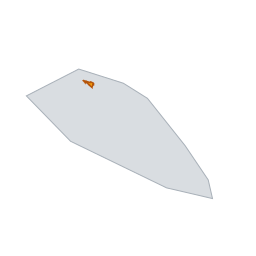 location of Victoria, Choiseul, Saint Lucia, rotated 114°
{"feature_id": "8701671B14688938630280", "entity_name": "Victoria", "entity_type": "district", "adm_level": 2, "iso_a3": "LCA", "parent_name": "Saint Lucia", "parent_adm1": "Choiseul", "projection": "equal_earth", "projection_center": [-61.04, 13.808], "detail": "fine", "context": "in_parent", "style": "filled", "palette": "amber", "viewbox_px": 256, "rotation_deg": 114, "n_neighbors": 0, "source": "geoboundaries", "source_scale": "gbopen_adm2", "svg_char_len": 1558}
<svg xmlns="http://www.w3.org/2000/svg" viewBox="0 0 256 256"><g transform="rotate(114 128 128)"><path d="M163.5,175.0L140.0,233.9L94.2,197.0L89.0,150.5L93.0,122.3L121.0,68.5L142.8,33.6L158.1,22.1L167.0,68.4L163.5,175.0Z" fill="#d9dde1" stroke="#a8b0b8" stroke-width="1"/><path d="M101.2,177.8L101.3,178.0L101.3,178.3L101.1,178.4L101.1,178.8L101.2,179.1L101.1,179.3L101.0,179.6L101.1,180.9L102.0,181.1L102.0,181.6L101.9,181.8L101.9,182.0L102.0,182.1L102.0,182.3L102.0,182.5L102.1,182.8L102.1,183.0L102.3,183.1L102.2,183.2L102.2,183.3L102.2,183.5L102.3,183.6L102.3,183.8L102.2,183.8L102.2,184.0L102.3,184.2L102.3,184.4L102.3,184.5L102.3,184.8L102.2,184.9L102.2,185.0L102.2,185.3L102.2,185.5L102.3,185.7L102.4,185.8L102.5,186.0L102.6,186.3L102.7,186.5L102.7,186.8L102.7,187.0L102.7,187.3L102.7,187.5L102.6,187.8L102.7,188.1L102.7,188.5L102.7,188.4L102.8,188.4L102.9,188.2L103.0,187.9L103.0,187.7L103.0,187.4L103.0,187.2L103.2,186.9L103.3,186.9L103.4,186.7L103.5,186.7L103.6,186.4L103.6,186.2L103.7,185.9L103.8,185.8L103.8,185.7L104.0,185.5L103.9,185.5L103.9,185.4L103.8,185.2L103.7,185.0L103.7,184.9L103.5,184.7L103.5,184.4L103.4,184.4L103.4,184.2L103.5,184.1L103.5,183.9L103.4,183.9L103.4,183.7L103.5,183.7L103.5,183.4L103.5,183.2L103.7,182.9L103.7,182.7L104.1,181.8L104.1,181.7L104.3,180.9L104.5,181.1L105.6,177.4L105.4,177.5L103.3,177.6L103.2,177.5L102.9,177.8L102.7,177.9L102.5,177.7L102.4,177.6L102.2,177.4L102.2,177.2L102.0,177.3L101.8,177.4L101.6,177.5L101.4,177.5L101.2,177.8L101.2,177.8Z" fill="#f59e0b" stroke="#b45309" stroke-width="1.5"/></g></svg>